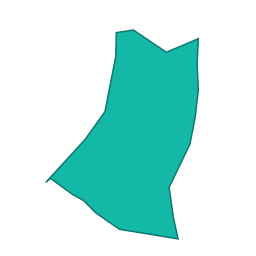 Jung-gu [Central District], Seoul, South Korea, rotated 101°
{"feature_id": "91817680B29418542168397", "entity_name": "Jung-gu [Central District]", "entity_type": "district", "adm_level": 2, "iso_a3": "KOR", "parent_name": "South Korea", "parent_adm1": "Seoul", "projection": "equal_earth", "projection_center": [126.998, 37.546], "detail": "fine", "context": "isolated", "style": "filled", "palette": "teal", "viewbox_px": 256, "rotation_deg": 101, "n_neighbors": 0, "source": "geoboundaries", "source_scale": "gbopen_adm2", "svg_char_len": 417}
<svg xmlns="http://www.w3.org/2000/svg" viewBox="0 0 256 256"><g transform="rotate(101 128 128)"><path d="M26.9,76.0L46.3,104.8L45.6,106.5L30.8,141.4L36.6,157.7L60.0,153.7L116.3,153.7L147.4,167.9L197.1,198.3L192.2,194.4L203.8,169.9L207.7,157.7L217.4,143.5L229.1,117.0L227.3,57.7L207.7,66.2L178.5,76.3L131.9,64.1L104.7,64.1L77.5,66.2L52.2,72.3L26.9,76.0Z" fill="#14b8a6" stroke="#0f766e" stroke-width="1.5"/></g></svg>